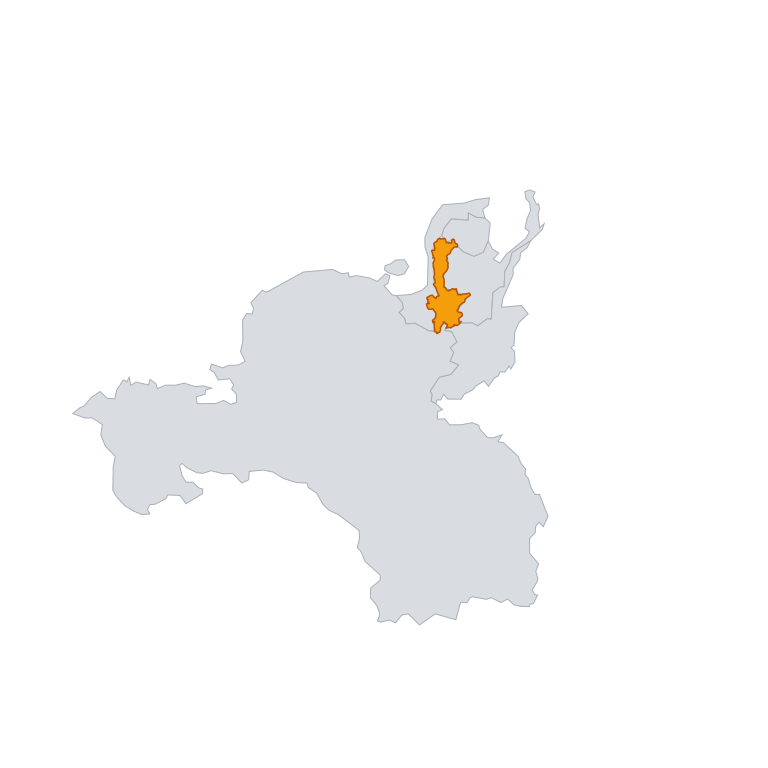 Laos and the surrounding countries, rotated 213°
{"feature_id": "LAO", "entity_name": "Laos", "entity_type": "country or territory", "adm_level": 0, "iso_a3": "LAO", "parent_name": "Asia", "parent_adm1": "", "projection": "natural_earth1", "projection_center": [103.796, 18.208], "detail": "fine", "context": "with_neighbors", "style": "filled", "palette": "amber", "viewbox_px": 768, "rotation_deg": 213, "n_neighbors": 5, "source": "natural_earth", "source_scale": "50m", "svg_char_len": 9758}
<svg xmlns="http://www.w3.org/2000/svg" viewBox="0 0 768 768"><g transform="rotate(213 384 384)"><path d="M374.5,560.9L372.4,548.5L378.0,540.0L389.3,538.0L397.5,539.5L404.8,543.5L408.7,536.5L416.5,540.2L418.5,547.1L417.5,559.3L402.8,567.2L406.6,573.4L397.4,574.2L389.8,578.3L382.5,576.8L374.5,560.9Z" fill="#d9dde1" stroke="#a8b0b8" stroke-width="1"/><path d="M397.5,539.5L389.3,538.0L378.0,540.0L372.4,548.5L374.5,560.9L366.6,556.2L359.1,556.4L360.4,548.3L352.7,548.4L352.0,559.6L344.3,583.6L344.9,591.0L350.6,591.4L354.1,600.7L355.7,609.5L360.6,615.4L365.9,616.6L370.5,621.9L367.6,626.1L361.8,627.3L361.1,622.1L353.9,617.6L352.4,619.4L348.9,615.5L347.4,610.4L338.5,599.8L337.0,605.8L335.4,600.1L339.0,583.9L348.2,563.9L344.8,554.5L344.0,544.1L336.1,530.8L339.2,528.9L342.4,520.0L329.3,496.7L333.0,494.9L337.0,483.8L343.2,483.3L353.2,476.5L357.0,479.7L357.4,485.8L363.3,486.3L361.1,497.1L361.3,506.3L370.5,500.2L373.1,502.0L378.2,501.7L379.9,498.1L386.5,498.8L393.1,507.2L393.7,517.3L400.7,526.2L400.4,534.9L397.5,539.5Z" fill="#d9dde1" stroke="#a8b0b8" stroke-width="1"/><path d="M353.2,476.5L343.2,483.3L337.0,483.8L333.0,494.9L329.3,496.7L342.4,520.0L339.2,528.9L336.1,530.8L344.0,544.1L344.8,554.5L348.2,563.9L339.0,583.9L338.2,576.3L340.9,568.5L338.0,562.4L338.8,551.3L335.2,546.0L331.0,520.8L327.3,512.3L311.5,524.7L301.3,521.4L304.4,508.7L302.7,499.1L296.1,487.3L297.2,483.6L292.2,482.3L286.2,473.9L285.8,465.6L288.8,467.2L289.1,459.8L293.4,457.4L292.6,453.0L294.6,449.5L295.1,438.9L301.8,441.2L305.8,432.7L306.3,427.7L311.2,419.1L311.1,413.2L322.2,406.1L328.3,407.9L327.7,401.6L330.7,399.7L330.1,395.8L335.1,395.1L337.9,401.1L341.5,403.6L341.3,419.9L333.1,428.5L331.9,440.7L341.0,439.0L342.9,448.5L348.4,450.5L345.8,459.0L355.9,464.8L362.2,461.8L362.5,466.0L355.1,472.7L353.2,476.5Z" fill="#d9dde1" stroke="#a8b0b8" stroke-width="1"/><path d="M389.8,578.3L397.4,574.2L406.6,573.4L402.8,567.2L417.5,559.3L418.5,547.1L416.5,540.2L418.0,530.0L415.8,522.7L409.2,515.6L396.4,494.5L386.0,488.3L388.4,484.6L394.0,481.9L390.6,473.0L380.0,472.9L371.1,455.5L375.7,452.9L391.0,451.8L398.3,446.3L402.4,450.2L410.3,452.1L409.0,458.0L413.1,462.2L421.8,464.8L410.4,473.6L403.2,483.3L401.3,490.4L416.2,514.7L424.1,521.0L429.5,529.2L433.6,548.2L432.5,566.2L415.2,579.5L408.0,588.1L397.1,597.6L393.9,591.0L396.3,584.1L389.8,578.3Z" fill="#d9dde1" stroke="#a8b0b8" stroke-width="1"/><path d="M434.5,499.3L427.3,496.1L427.0,487.3L431.2,482.6L440.7,479.7L445.7,480.0L447.6,483.9L443.9,488.4L441.9,494.3L434.5,499.3ZM195.4,251.4L195.3,245.6L201.0,243.0L195.4,225.4L215.8,219.1L223.1,201.2L238.4,204.5L243.2,199.9L244.3,189.9L250.9,189.0L257.3,182.4L260.4,181.6L262.0,188.5L268.2,193.8L279.1,197.5L284.1,205.6L280.4,217.3L283.0,221.7L303.0,224.8L312.4,231.1L317.3,232.2L320.6,241.5L325.2,247.6L350.6,249.6L361.3,248.2L369.3,249.7L381.2,255.9L391.0,255.9L394.5,259.0L403.9,253.6L416.9,250.0L429.0,249.7L438.3,246.1L449.4,237.3L445.3,230.0L449.3,223.5L462.1,226.5L469.8,221.1L481.7,217.2L487.1,210.6L492.5,207.7L503.9,206.4L510.2,207.5L510.8,204.0L503.2,197.0L496.7,193.8L490.9,197.5L483.1,195.9L478.8,197.2L476.5,193.1L484.9,175.7L494.4,179.4L504.9,173.2L504.5,168.8L510.6,158.4L514.6,155.3L514.1,149.9L509.7,147.6L515.6,142.7L524.9,141.0L534.9,140.7L546.5,143.6L553.6,147.2L566.1,167.3L570.0,177.0L583.9,180.1L593.9,187.2L598.2,196.6L610.1,196.6L616.4,192.6L628.9,189.7L626.0,198.7L623.5,202.3L622.2,213.3L618.0,223.1L608.2,221.3L601.8,224.9L604.8,233.5L604.9,245.5L600.8,245.8L601.4,250.9L595.6,244.9L593.0,250.6L580.9,255.0L582.7,260.4L575.6,260.0L571.5,256.8L566.6,264.0L558.1,269.5L551.9,276.0L540.7,279.0L535.0,283.8L526.4,286.6L530.4,281.8L528.5,277.9L534.5,271.0L529.9,265.7L514.2,276.3L509.6,282.9L501.6,283.4L497.6,288.2L502.3,295.1L509.1,296.8L509.6,301.4L516.2,304.4L525.1,297.1L532.6,301.1L537.9,301.3L539.6,306.7L528.1,309.6L524.5,315.1L516.7,320.3L512.8,327.4L522.0,333.1L525.8,343.2L537.4,360.5L537.6,368.2L532.5,371.0L534.7,376.5L539.9,379.7L537.1,396.2L532.4,397.1L512.6,434.0L489.3,452.2L479.6,453.4L474.4,457.9L471.4,454.6L466.6,459.7L454.6,464.8L445.5,466.4L442.7,477.3L437.9,477.9L435.5,470.4L437.5,466.4L425.9,463.2L421.8,464.8L413.1,462.2L409.0,458.0L410.3,452.1L402.4,450.2L398.3,446.3L391.0,451.8L375.7,452.9L366.6,457.0L367.9,468.7L363.2,468.4L362.2,461.8L355.9,464.8L345.8,459.0L348.4,450.5L342.9,448.5L341.0,439.0L331.9,440.7L333.1,428.5L341.3,419.9L341.5,403.6L337.9,401.1L335.1,395.1L330.1,395.8L321.0,394.3L323.9,390.0L320.1,383.6L313.9,387.9L306.9,385.4L297.0,391.9L289.0,399.6L282.1,400.9L278.5,398.1L268.0,395.5L263.3,398.1L257.4,405.7L257.0,397.6L251.7,399.8L232.3,396.4L225.6,391.9L219.1,389.9L216.5,384.9L211.8,383.5L203.6,376.7L197.1,373.6L193.4,376.0L174.3,362.3L172.7,351.0L178.6,352.4L179.2,347.1L176.3,341.9L177.7,333.5L169.7,321.4L156.4,317.3L154.6,309.4L149.0,304.6L147.8,301.7L147.7,291.9L143.0,289.5L140.2,290.6L139.1,281.1L141.6,278.8L140.8,276.4L149.0,271.6L154.9,269.6L163.3,270.9L167.0,264.4L177.6,263.2L180.8,259.2L194.0,253.7L195.4,251.4Z" fill="#d9dde1" stroke="#a8b0b8" stroke-width="1"/><path d="M370.7,456.3L371.2,457.3L372.2,458.4L373.4,460.0L373.8,460.7L374.6,461.2L374.8,461.8L375.0,462.6L375.1,463.2L375.3,463.6L375.6,463.7L376.0,463.5L376.2,463.2L376.5,462.3L376.6,462.2L376.9,463.0L377.1,463.1L377.5,463.2L377.8,463.5L377.9,464.1L377.8,464.6L377.4,465.3L377.2,466.0L377.1,467.0L376.9,467.8L377.2,468.4L379.1,471.6L380.0,472.1L382.2,472.8L383.0,473.2L383.7,473.6L384.4,473.4L385.0,472.5L385.8,471.9L387.3,471.1L387.7,471.1L388.5,471.4L389.9,472.3L390.8,473.2L391.4,473.7L391.9,474.1L391.8,474.6L391.5,475.1L391.0,475.3L390.4,475.8L390.0,476.2L390.3,476.4L391.2,476.5L392.2,476.9L392.5,477.4L392.6,477.8L392.7,478.5L392.9,478.7L393.9,478.5L394.2,478.7L394.6,479.0L394.9,479.9L394.9,480.6L394.2,481.3L393.9,481.8L393.8,482.5L393.3,483.3L392.0,484.7L391.6,484.8L389.1,484.0L388.0,484.0L387.4,484.1L387.1,484.1L387.0,484.4L387.3,485.2L387.4,486.1L387.1,486.7L386.3,487.3L386.0,487.5L385.9,487.9L386.2,488.3L386.9,488.7L387.8,489.0L390.7,491.2L391.4,491.7L392.2,492.5L393.1,493.1L395.5,493.8L396.5,494.3L396.8,494.6L396.8,495.0L396.5,495.4L396.3,496.2L396.3,496.7L396.6,497.1L397.0,497.8L397.9,498.9L398.5,499.4L399.0,499.5L399.5,499.7L400.1,500.5L400.7,501.5L400.8,502.1L401.0,503.0L401.6,504.0L402.4,504.9L403.4,506.1L404.0,507.0L404.3,507.3L406.6,509.3L407.2,510.1L408.0,511.5L408.3,511.7L408.7,512.0L408.9,512.8L408.9,513.4L409.1,515.1L409.5,515.7L409.9,516.3L410.0,516.8L410.4,517.1L410.8,517.2L411.2,516.8L411.6,516.4L411.7,516.5L412.1,517.7L412.4,518.2L413.1,518.6L413.6,518.9L414.9,520.4L415.6,520.9L416.1,521.1L416.5,521.4L416.6,521.8L416.5,522.3L416.2,522.6L414.7,523.5L414.5,523.8L414.7,524.4L415.1,525.1L415.5,525.7L416.0,526.3L417.1,527.3L418.0,528.0L418.5,528.9L418.8,529.4L418.6,530.1L418.2,530.8L417.9,531.5L417.4,531.8L417.3,532.3L417.5,532.9L417.7,533.4L417.6,533.9L417.6,535.1L417.2,535.5L416.7,536.5L416.4,536.6L415.7,536.2L415.4,536.4L414.9,537.2L414.1,538.0L413.7,538.0L413.4,537.9L413.0,538.3L412.6,539.0L412.4,538.9L411.5,539.1L411.2,538.9L410.8,538.3L410.2,537.8L409.6,537.4L409.3,537.1L409.0,536.7L408.7,536.4L408.3,537.0L407.5,537.6L406.7,537.5L406.3,537.4L406.0,538.3L405.8,538.5L404.4,538.6L404.2,538.8L404.4,539.6L405.2,541.0L405.5,541.8L405.0,543.1L403.5,543.1L402.9,542.5L402.3,541.8L402.1,541.4L400.3,540.7L399.1,541.2L398.7,541.2L398.1,540.7L397.8,540.3L397.4,539.6L397.2,539.0L397.2,538.8L397.8,538.5L398.6,538.0L399.3,537.5L399.8,536.9L400.0,536.3L400.0,535.5L400.2,533.7L400.4,532.8L400.3,531.6L399.9,530.8L399.9,529.4L400.0,528.8L400.1,528.4L400.6,527.8L401.0,527.1L401.2,526.1L401.2,525.3L401.0,524.9L400.5,524.5L399.6,524.1L399.1,523.6L398.9,522.9L398.9,522.4L399.1,521.9L398.5,521.4L396.9,520.9L396.0,520.2L395.8,519.4L395.2,518.3L394.0,517.0L393.4,515.2L393.3,512.7L393.5,510.8L394.0,508.5L393.3,506.8L392.6,505.9L391.6,505.3L390.6,504.4L389.7,503.2L388.6,501.4L387.3,499.1L386.4,498.0L386.0,498.3L385.1,498.1L383.6,497.4L382.4,497.0L381.4,497.0L380.7,497.1L380.4,497.5L380.3,497.8L380.6,498.2L380.5,498.4L379.9,498.6L379.5,499.0L379.0,499.9L378.6,501.0L378.1,501.4L377.3,501.5L376.5,501.9L375.7,502.4L375.3,502.8L375.4,503.1L375.2,503.2L374.8,503.0L374.6,502.6L374.7,502.1L374.3,501.7L373.5,501.5L372.5,500.8L371.5,499.8L370.8,499.2L370.4,499.1L369.8,499.6L369.0,500.5L368.4,500.8L367.9,500.6L367.5,501.0L367.2,501.8L366.7,502.4L365.7,503.1L364.4,504.2L363.4,505.1L362.2,506.4L361.7,506.6L361.1,506.3L360.4,506.0L360.0,505.6L360.8,503.4L361.8,501.0L362.0,499.8L362.1,499.0L362.0,498.4L361.6,497.7L361.2,497.1L361.2,496.8L361.3,496.4L361.7,495.8L362.2,495.0L362.7,493.2L363.3,491.3L363.2,490.1L362.8,488.9L362.5,487.7L362.7,486.0L362.7,485.4L362.2,485.1L360.5,484.8L360.0,484.8L359.6,485.0L359.2,485.5L358.6,485.8L357.6,485.9L356.6,485.4L355.8,484.4L355.6,483.3L356.2,481.9L356.6,480.8L356.9,479.9L356.9,479.4L356.7,478.9L355.9,478.3L355.4,477.3L355.0,476.8L354.5,476.9L354.1,477.3L353.7,478.0L353.4,478.3L353.2,478.1L353.3,477.5L353.3,477.0L353.8,474.7L354.4,473.3L355.1,472.6L355.8,472.3L356.5,472.4L357.1,472.3L357.6,471.9L357.6,471.7L357.0,471.7L356.8,471.3L356.9,470.6L357.2,470.1L357.6,469.9L358.0,469.2L358.4,467.9L358.8,467.3L359.4,467.3L360.3,466.7L361.6,465.7L362.1,464.7L362.6,465.1L362.4,466.3L362.7,466.6L362.8,467.0L362.7,467.6L362.9,468.2L363.1,468.5L363.3,468.6L364.8,468.1L365.6,468.1L366.0,468.4L366.3,468.6L366.7,468.8L367.0,469.0L367.2,468.9L367.7,468.4L367.8,468.3L367.9,468.1L367.5,467.6L367.2,467.3L367.2,466.4L367.4,465.0L367.4,464.3L367.4,462.5L367.3,462.0L367.0,461.4L366.2,460.3L365.9,459.7L365.8,459.0L365.8,458.6L365.6,458.1L365.5,457.6L365.9,457.4L366.3,456.9L366.5,456.1L366.8,455.5L367.1,455.2L367.4,455.1L367.5,455.2L368.2,456.2L369.1,455.7L369.8,455.7L370.4,456.0L370.7,456.3Z" fill="#f59e0b" stroke="#b45309" stroke-width="1.5"/></g></svg>